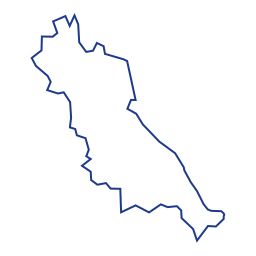 Essex, Virginia, United States of America
{"feature_id": "52423323B13977309866060", "entity_name": "Essex", "entity_type": "district", "adm_level": 2, "iso_a3": "USA", "parent_name": "United States of America", "parent_adm1": "Virginia", "projection": "equal_earth", "projection_center": [-76.942, 37.945], "detail": "fine", "context": "isolated", "style": "outline", "palette": "blue", "viewbox_px": 256, "rotation_deg": 0, "n_neighbors": 0, "source": "geoboundaries", "source_scale": "gbopen_adm2", "svg_char_len": 932}
<svg xmlns="http://www.w3.org/2000/svg" viewBox="0 0 256 256"><path d="M71.1,117.7L69.9,127.4L75.2,129.0L76.9,135.3L85.5,138.2L88.8,149.7L86.3,156.2L90.7,159.0L82.0,165.8L90.7,171.7L91.2,180.1L97.4,184.7L106.0,183.1L110.6,188.6L120.3,188.8L121.1,212.3L135.6,205.4L149.1,212.4L160.8,204.4L167.6,207.1L176.9,206.2L181.2,210.4L181.6,218.1L193.1,229.0L197.0,240.6L208.0,226.0L215.9,226.5L223.7,218.9L223.7,216.1L224.3,214.8L223.5,213.1L221.2,211.2L211.0,210.8L207.7,209.4L203.6,204.1L196.9,190.9L190.9,182.4L184.4,170.5L183.7,167.2L175.1,153.2L159.4,141.7L142.8,124.4L136.2,113.7L127.4,108.8L131.0,99.9L135.6,100.0L127.1,61.0L123.6,59.3L105.0,53.9L103.6,46.2L96.9,43.0L93.0,50.7L86.2,51.9L79.2,42.3L78.2,24.3L74.5,15.4L69.7,25.9L65.4,16.1L53.1,21.4L57.3,33.0L52.7,36.7L41.9,36.5L41.5,50.4L31.7,58.0L36.0,66.0L47.7,76.0L50.7,81.9L47.2,90.1L58.0,93.5L63.7,92.3L70.1,102.1L71.1,117.7Z" fill="none" stroke="#1e3a8a" stroke-width="2"/></svg>